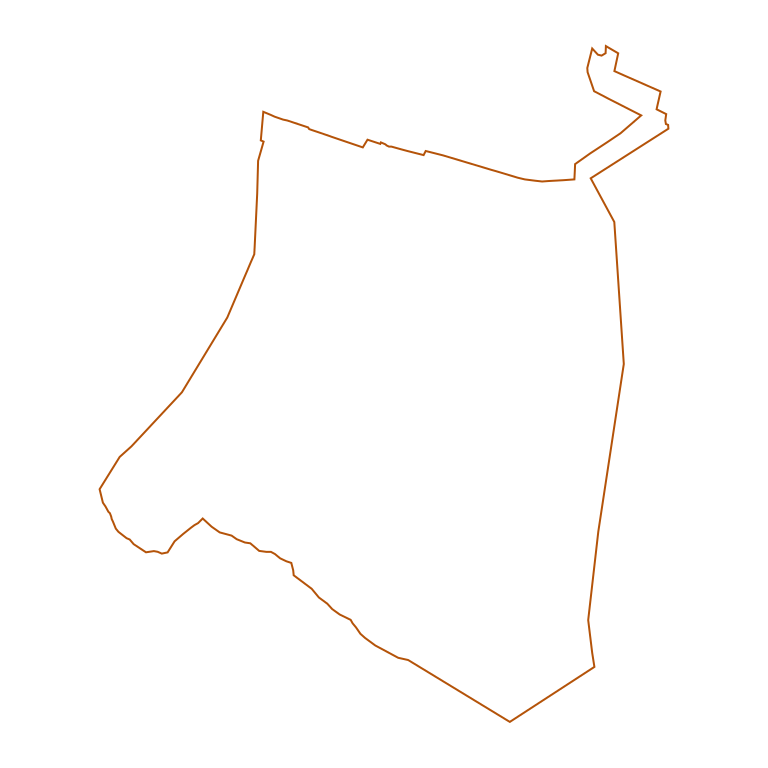 outline of San Lucas Quiaviní, Oaxaca, Mexico
{"feature_id": "50627088B89558645189060", "entity_name": "San Lucas Quiaviní", "entity_type": "district", "adm_level": 2, "iso_a3": "MEX", "parent_name": "Mexico", "parent_adm1": "Oaxaca", "projection": "albers", "projection_center": [-96.46, 16.882], "detail": "fine", "context": "isolated", "style": "outline", "palette": "amber", "viewbox_px": 768, "rotation_deg": 0, "n_neighbors": 0, "source": "geoboundaries", "source_scale": "gbopen_adm2", "svg_char_len": 1863}
<svg xmlns="http://www.w3.org/2000/svg" viewBox="0 0 768 768"><path d="M660.6,91.5L647.2,85.6L623.8,75.3L614.4,71.1L618.2,53.3L605.9,46.1L605.6,53.2L601.6,55.6L597.9,54.7L592.2,48.5L587.3,68.0L587.6,72.2L594.1,91.2L609.2,99.1L641.2,115.4L620.6,133.2L607.4,142.1L590.2,153.4L575.1,164.1L574.8,171.2L574.4,179.4L563.3,180.2L549.0,181.0L542.1,181.5L535.0,180.7L524.8,179.4L517.7,177.7L496.1,171.2L491.5,169.9L443.1,155.4L430.9,152.3L425.7,151.0L423.6,155.1L407.4,151.0L401.1,149.3L391.4,146.6L389.0,146.6L386.5,145.4L386.2,145.0L385.1,144.2L380.9,142.4L380.3,143.9L367.5,139.7L362.8,147.4L345.1,141.4L331.3,136.7L330.0,136.2L318.0,132.1L312.0,130.1L309.2,129.1L308.1,127.4L287.3,120.5L283.1,119.6L274.7,116.7L271.4,115.2L271.0,115.0L263.3,111.8L260.8,140.4L263.6,141.6L258.1,160.8L257.2,193.6L254.6,248.0L254.5,249.3L254.5,250.2L254.3,253.4L254.3,254.2L253.5,256.0L252.7,257.9L250.9,262.0L249.2,266.0L247.4,270.3L245.8,274.0L244.3,277.5L227.3,317.5L181.9,392.3L131.4,446.4L119.7,456.9L99.6,489.2L102.9,502.7L105.5,506.5L108.4,511.8L109.9,513.2L111.2,516.6L111.7,519.0L112.9,521.5L115.8,528.6L118.4,531.8L126.6,538.2L129.7,539.5L133.7,544.2L146.0,552.3L153.9,551.1L157.7,551.8L161.8,553.6L167.6,552.4L174.6,541.3L183.1,534.0L191.0,527.7L194.5,525.1L198.1,523.1L202.7,518.5L211.6,526.7L219.7,532.4L231.6,535.6L236.7,539.2L244.9,542.5L250.3,543.3L259.2,550.9L266.6,551.9L271.0,551.9L274.9,554.0L280.1,558.3L286.4,561.3L291.3,562.9L293.2,570.3L293.7,575.3L311.7,588.8L318.9,597.5L327.4,603.8L332.2,609.1L339.7,614.5L350.7,619.9L352.6,623.3L356.0,627.4L360.4,633.8L365.0,637.9L375.3,645.5L398.2,657.8L408.1,660.0L509.8,721.9L594.4,666.9L592.2,652.9L588.2,620.1L598.3,531.6L623.8,364.0L614.3,222.0L590.7,178.3L668.4,128.7L668.1,124.9L665.9,124.0L665.3,120.4L665.9,116.2L666.2,114.1L656.6,109.3L657.2,106.5L660.6,91.5Z" fill="none" stroke="#b45309" stroke-width="2"/></svg>